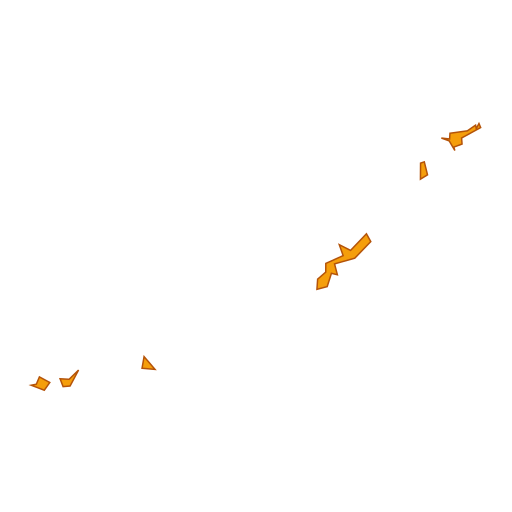 an SVG outline of Okinawa, rotated 9°
{"feature_id": "JPN-3502", "entity_name": "Okinawa", "entity_type": "Prefecture", "adm_level": 1, "iso_a3": "JPN", "parent_name": "Japan", "parent_adm1": "", "projection": "robinson", "projection_center": [127.452, 26.383], "detail": "coarse", "context": "isolated", "style": "filled", "palette": "amber", "viewbox_px": 512, "rotation_deg": 9, "n_neighbors": 0, "source": "natural_earth", "source_scale": "10m", "svg_char_len": 756}
<svg xmlns="http://www.w3.org/2000/svg" viewBox="0 0 512 512"><g transform="rotate(9 256 256)"><path d="M367.1,223.8L353.9,242.7L334.8,251.5L339.3,261.8L333.2,261.3L331.1,275.1L321.4,279.4L320.5,269.2L327.4,261.0L326.1,252.4L342.0,242.0L336.5,231.8L348.5,235.7L361.6,216.8L367.1,223.8ZM457.8,94.0L440.6,107.3L442.0,113.2L434.3,117.5L435.9,120.7L428.8,112.1L420.6,110.5L428.9,110.1L428.4,104.4L445.2,99.3L452.4,92.4L453.6,95.7L455.5,90.3L457.8,94.0ZM61.0,409.3L72.1,413.2L67.9,421.7L54.2,418.8L59.1,417.0L61.0,409.3ZM407.5,136.7L412.7,149.0L406.4,154.4L404.0,138.5L407.5,136.7ZM98.6,396.4L92.7,413.5L85.9,415.2L81.7,407.9L90.7,407.0L98.6,396.4ZM161.2,372.9L174.0,383.8L161.0,384.7L161.2,372.9Z" fill="#f59e0b" stroke="#b45309" stroke-width="1.5"/></g></svg>